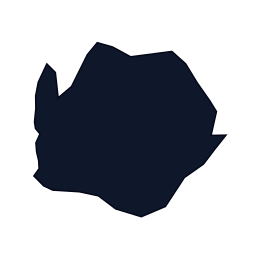 an SVG outline of Hódmezôvásárhely, rotated 12°
{"feature_id": "HUN-4917", "entity_name": "Hódmezôvásárhely", "entity_type": "Urban county", "adm_level": 1, "iso_a3": "HUN", "parent_name": "Hungary", "parent_adm1": "", "projection": "equal_earth", "projection_center": [20.359, 46.389], "detail": "fine", "context": "isolated", "style": "filled", "palette": "ink", "viewbox_px": 256, "rotation_deg": 12, "n_neighbors": 0, "source": "natural_earth", "source_scale": "10m", "svg_char_len": 580}
<svg xmlns="http://www.w3.org/2000/svg" viewBox="0 0 256 256"><g transform="rotate(12 128 128)"><path d="M211.1,93.5L210.8,118.0L225.3,114.6L217.3,130.7L209.4,147.5L193.4,164.8L180.9,197.0L159.5,212.0L132.8,209.7L113.1,200.5L93.5,200.5L67.3,204.4L57.5,202.1L45.9,194.5L49.5,186.2L47.4,178.5L43.6,170.4L41.0,161.7L43.1,152.1L37.6,147.7L35.3,141.6L33.8,128.1L31.0,115.8L30.7,101.9L35.3,82.2L45.4,88.8L53.4,113.0L64.1,99.2L73.0,64.7L80.2,50.9L96.2,52.0L115.8,57.8L155.0,44.0L171.0,53.2L186.2,69.3L202.2,84.2L211.1,93.5Z" fill="#0f172a" stroke="#020617" stroke-width="1.5"/></g></svg>